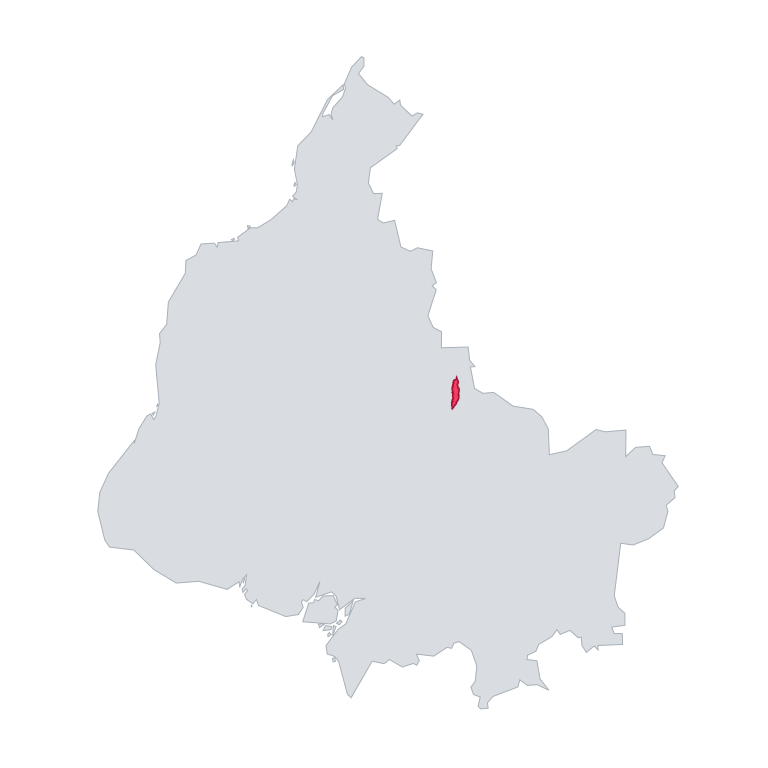 location of Campos de Júlio, Mato Grosso, Brazil, rotated 178°
{"feature_id": "56859067B17254168333074", "entity_name": "Campos de Júlio", "entity_type": "district", "adm_level": 2, "iso_a3": "BRA", "parent_name": "Brazil", "parent_adm1": "Mato Grosso", "projection": "robinson", "projection_center": [-59.168, -13.576], "detail": "fine", "context": "in_parent", "style": "filled", "palette": "rose", "viewbox_px": 768, "rotation_deg": 178, "n_neighbors": 0, "source": "geoboundaries", "source_scale": "gbopen_adm2", "svg_char_len": 7560}
<svg xmlns="http://www.w3.org/2000/svg" viewBox="0 0 768 768"><g transform="rotate(178 384 384)"><path d="M198.8,123.6L206.7,131.3L216.6,127.6L219.7,132.5L225.2,125.5L238.5,118.4L241.4,111.7L250.0,107.9L250.7,103.6L240.9,102.1L238.3,83.8L229.9,72.2L241.3,78.1L251.4,77.8L258.6,83.7L260.7,76.6L286.1,67.9L291.7,61.8L291.3,56.3L298.9,56.0L301.2,58.6L298.8,67.9L305.4,70.5L307.7,78.0L303.2,83.8L301.1,98.9L306.0,114.8L317.9,123.9L323.1,122.6L325.7,117.5L330.2,118.6L343.8,110.3L361.0,112.9L358.4,106.2L361.1,101.8L364.4,103.7L375.6,100.5L388.2,108.5L393.6,104.5L405.5,107.4L427.8,71.6L431.4,75.3L439.0,108.3L442.8,113.4L450.2,116.2L451.1,124.6L438.4,140.4L430.6,145.6L420.2,167.2L410.0,170.3L420.6,170.9L436.3,160.0L439.3,173.8L443.6,178.1L459.8,173.3L454.9,188.9L461.3,176.4L468.8,169.2L472.4,171.3L474.1,169.1L472.6,163.5L477.6,156.6L490.2,155.0L517.1,167.0L519.0,173.1L522.7,168.9L529.0,173.6L530.7,178.7L527.5,182.3L528.8,184.1L532.2,180.7L533.0,184.0L529.9,187.5L527.9,198.1L532.2,193.7L535.3,185.8L535.8,191.5L547.9,184.2L576.1,193.3L598.6,192.3L620.6,206.7L639.8,226.8L663.9,230.5L668.5,237.9L674.5,266.8L671.8,285.7L662.2,304.7L635.6,336.1L635.6,333.5L630.5,347.8L622.1,360.3L618.2,362.2L615.5,356.6L613.1,359.4L609.3,372.8L611.5,411.1L606.2,433.2L606.6,442.1L599.1,451.3L596.6,473.5L578.7,501.6L577.6,514.4L567.2,519.6L562.0,530.3L548.7,530.7L546.0,526.6L544.8,531.1L524.3,532.1L525.2,535.8L512.0,544.7L504.7,544.6L491.5,552.0L475.0,565.5L471.8,571.9L469.0,569.4L467.8,572.3L464.2,571.1L468.8,574.9L464.9,579.1L463.6,586.2L466.0,601.8L461.9,625.0L448.1,638.3L430.5,670.2L414.3,684.6L414.1,679.8L425.4,673.9L435.7,656.4L436.0,653.3L429.4,655.2L425.7,649.6L427.5,655.1L425.6,661.7L415.5,672.3L412.2,680.7L413.1,685.5L405.3,701.8L395.0,712.0L392.7,710.5L392.9,702.4L398.7,695.1L389.9,683.6L370.1,670.5L364.1,663.3L358.3,667.2L357.8,662.1L346.7,650.8L341.2,653.8L335.6,652.2L360.3,621.6L363.3,621.8L362.7,618.8L390.0,600.6L392.6,585.5L387.8,574.6L379.1,574.6L384.7,548.8L379.2,544.9L367.7,547.2L362.3,520.3L352.9,515.7L345.8,519.0L330.6,515.2L332.9,497.5L328.1,483.5L332.5,480.4L328.5,476.4L337.8,450.7L332.9,438.9L324.7,434.2L325.4,418.2L298.6,418.0L297.6,404.7L292.5,398.2L297.1,398.1L293.6,376.2L285.2,371.2L274.7,371.8L255.8,357.4L235.9,353.5L227.4,345.7L221.4,333.4L221.2,307.6L203.8,310.8L173.6,331.1L164.7,328.5L143.8,329.5L145.0,303.0L134.8,311.9L120.8,312.5L117.8,304.2L105.5,302.5L108.9,295.5L93.5,271.3L97.7,267.2L97.1,260.4L106.2,253.0L104.7,246.8L109.7,230.4L125.2,220.0L140.7,214.4L153.0,216.6L161.3,164.3L157.8,152.7L151.3,146.5L151.6,134.4L165.0,133.1L162.6,126.5L154.6,126.3L154.7,115.4L179.5,115.2L179.3,110.7L183.1,114.8L191.1,108.6L195.2,115.5L195.8,124.2L198.8,123.6ZM446.0,146.1L473.5,149.2L466.9,167.6L461.9,167.9L461.0,171.1L456.9,169.6L452.5,174.3L442.0,174.3L438.3,165.0L441.0,162.7L437.8,159.4L440.0,148.8L446.0,146.1ZM422.4,168.3L426.6,155.1L431.0,153.3L430.6,161.4L422.4,168.3ZM453.5,139.7L450.9,144.6L444.6,143.4L445.6,140.3L453.5,139.7ZM444.1,134.2L443.0,144.3L440.4,143.3L444.1,134.2ZM457.9,146.1L454.0,146.6L452.2,145.8L457.0,142.8L457.9,146.1ZM439.9,146.4L435.9,149.7L434.2,148.0L437.1,145.0L439.9,146.4ZM447.4,137.6L445.4,135.5L448.7,133.4L449.0,135.4L447.4,137.6ZM445.1,111.6L442.8,112.0L442.3,108.4L444.5,108.1L445.1,111.6ZM466.7,611.4L466.0,608.2L467.9,605.3L468.4,606.1L466.7,611.4ZM514.4,543.5L514.9,547.1L512.2,546.3L514.4,543.5ZM465.9,588.5L464.7,586.6L466.6,584.6L467.2,585.4L465.9,588.5ZM531.5,191.5L529.8,195.3L531.5,189.9L531.5,191.5ZM616.7,362.8L613.9,363.9L615.7,360.9L616.7,362.8ZM531.6,533.6L528.8,534.8L528.3,534.1L530.0,532.5L531.6,533.6ZM612.0,369.7L611.0,371.7L610.3,370.4L612.0,369.7ZM524.2,165.5L524.4,167.6L523.6,167.3L524.2,165.5Z" fill="#d9dde1" stroke="#a8b0b8" stroke-width="1"/><path d="M315.2,379.8L315.2,379.6L315.2,379.4L315.3,379.4L315.3,379.5L315.5,379.4L315.4,379.3L315.4,379.1L315.5,379.1L315.5,378.9L315.6,378.7L315.4,378.7L315.6,378.5L315.5,378.2L315.8,377.8L315.7,377.7L315.8,377.6L315.9,377.4L316.1,377.4L316.2,377.0L316.1,376.9L316.0,376.5L315.9,376.4L315.9,376.2L315.7,375.8L315.8,375.7L315.7,375.6L315.7,375.4L315.7,375.2L315.8,374.9L315.6,374.7L315.8,374.6L315.7,374.5L315.7,374.3L315.6,374.2L315.5,373.9L315.6,373.7L315.8,373.5L315.7,373.5L315.7,373.4L315.7,373.5L315.6,373.2L315.4,373.1L315.3,372.9L315.4,372.7L315.5,372.4L315.3,372.3L315.4,372.2L315.5,372.1L315.4,371.9L315.5,371.8L315.4,371.7L315.5,371.7L315.6,371.4L315.6,371.5L315.5,371.4L315.5,371.2L315.7,370.7L315.8,370.7L315.9,370.3L315.8,370.1L315.8,369.7L315.7,369.4L315.6,369.1L315.6,368.8L315.5,368.7L315.4,368.7L315.6,368.5L315.6,368.4L315.4,368.2L315.5,368.0L315.4,367.7L315.5,367.6L315.5,367.4L315.7,367.1L315.3,367.0L315.6,366.4L315.8,366.6L316.0,366.5L316.2,366.3L316.1,366.1L315.9,366.0L315.8,365.9L315.9,365.7L316.1,365.6L316.3,365.4L316.4,365.2L316.5,365.0L316.4,364.8L316.4,364.7L316.5,364.6L316.4,364.5L316.4,364.4L316.2,364.3L316.2,364.0L316.3,364.0L316.4,363.9L316.2,363.9L316.3,363.8L316.4,363.6L316.4,363.3L316.5,363.3L316.5,363.2L316.5,362.8L316.8,362.6L316.9,362.4L316.9,362.2L317.0,361.6L317.1,361.4L317.1,361.2L317.0,360.9L316.9,360.6L316.9,360.3L317.0,360.2L316.9,360.1L316.9,359.8L316.9,359.6L316.8,359.4L316.6,358.9L316.6,358.5L316.6,358.1L316.6,357.8L316.9,357.4L316.9,357.1L316.8,356.9L316.7,357.1L316.4,357.3L316.2,357.7L315.9,357.8L315.6,357.9L315.4,357.9L315.2,358.3L315.2,358.6L315.0,359.1L314.6,359.6L314.4,359.9L314.3,360.0L314.2,360.2L313.9,360.3L313.8,360.2L313.7,360.3L313.5,360.5L313.4,360.7L313.1,361.1L312.9,361.3L312.7,361.5L312.4,361.9L312.3,362.0L312.3,362.3L312.2,362.7L312.3,362.7L312.4,362.8L312.3,363.1L312.2,363.5L312.0,363.8L311.9,364.0L311.7,364.0L311.5,364.3L311.3,364.3L311.2,364.5L310.8,364.8L310.7,365.0L310.6,365.3L310.5,365.5L310.4,365.6L310.3,365.8L310.3,366.2L310.1,366.6L310.1,366.9L309.9,367.0L309.6,367.6L309.6,367.8L309.8,368.0L309.8,368.4L309.9,368.6L310.0,368.7L310.0,368.8L309.9,369.1L310.0,369.2L310.0,369.4L310.0,370.0L309.9,370.1L310.0,370.3L309.9,370.3L310.0,370.4L310.1,370.5L310.1,370.8L310.0,371.1L309.9,371.1L309.9,371.3L309.9,371.5L309.7,371.5L309.7,371.8L309.8,371.9L309.7,372.3L309.6,372.5L309.6,372.8L309.6,373.2L309.6,373.3L309.7,373.7L309.5,373.8L309.5,374.0L309.4,374.0L309.3,374.4L309.3,374.5L309.1,374.7L309.2,374.9L309.2,375.1L309.2,375.3L309.1,375.5L309.2,376.2L309.1,376.3L309.3,376.6L309.3,376.8L309.3,377.0L309.5,377.1L309.4,377.2L309.4,377.3L309.5,377.4L309.8,377.3L309.9,377.5L310.1,377.5L310.3,377.9L310.3,378.0L310.2,378.0L310.3,378.2L310.4,378.3L310.2,378.6L310.3,379.0L310.4,379.4L310.4,379.6L310.5,379.9L310.5,380.1L310.8,380.7L310.8,380.8L310.6,381.1L310.6,381.3L310.4,381.4L310.4,381.8L310.3,382.0L310.2,381.9L310.1,382.2L309.9,382.4L309.9,382.5L309.8,382.9L309.6,383.2L309.6,383.4L309.6,383.5L309.7,383.9L309.8,383.9L309.9,384.4L310.0,384.7L310.1,385.0L310.2,385.3L310.5,385.6L310.5,385.9L310.8,386.6L310.8,386.8L311.2,388.3L311.3,388.1L311.3,387.8L311.4,387.5L311.4,387.4L311.3,387.2L311.4,386.9L311.5,386.7L311.5,386.4L311.8,386.2L312.0,385.9L312.5,385.8L312.6,385.7L312.8,385.7L313.0,385.6L313.3,385.6L313.5,385.6L313.7,385.4L313.8,385.2L314.1,385.0L314.3,385.0L314.4,384.8L314.5,384.5L314.5,384.4L314.5,384.2L314.4,384.0L314.4,383.8L314.3,383.6L314.4,383.4L314.5,383.3L314.4,383.3L314.5,383.0L314.6,382.9L314.8,382.7L314.8,382.4L314.7,382.3L314.7,382.2L314.8,382.0L314.8,381.9L314.9,381.7L315.0,381.5L315.0,381.4L314.9,381.4L315.0,381.3L315.0,381.2L315.1,380.9L315.3,380.8L315.3,380.7L315.2,380.6L315.3,380.4L315.2,380.3L315.3,380.1L315.3,379.9L315.2,379.8Z" fill="#f43f5e" stroke="#9f1239" stroke-width="1.5"/></g></svg>